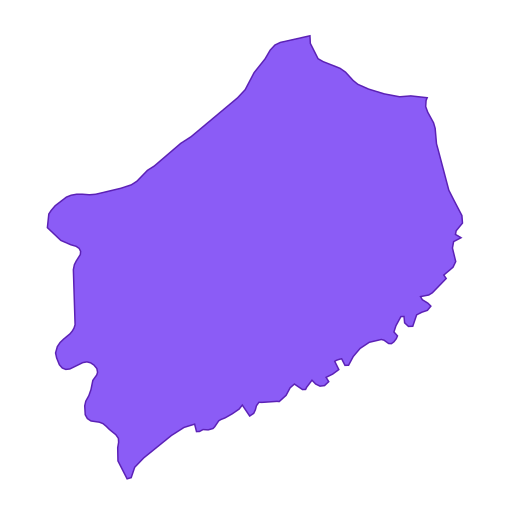 map outline of Botosani (Mercator projection), rotated 88°
{"feature_id": "ROU-287", "entity_name": "Botosani", "entity_type": "County", "adm_level": 1, "iso_a3": "ROU", "parent_name": "Romania", "parent_adm1": "", "projection": "mercator", "projection_center": [26.907, 47.851], "detail": "fine", "context": "isolated", "style": "filled", "palette": "violet", "viewbox_px": 512, "rotation_deg": 88, "n_neighbors": 0, "source": "natural_earth", "source_scale": "10m", "svg_char_len": 2305}
<svg xmlns="http://www.w3.org/2000/svg" viewBox="0 0 512 512"><g transform="rotate(88 256 256)"><path d="M230.3,48.5L237.8,55.1L241.4,55.9L244.9,50.5L248.5,58.0L254.9,59.4L268.5,56.6L274.1,59.5L281.6,69.0L285.1,66.7L298.9,81.0L301.0,84.7L302.3,93.0L305.5,91.3L309.2,85.8L312.2,83.0L316.3,86.6L318.0,92.3L320.4,97.5L331.7,101.8L331.7,106.1L328.0,109.8L321.6,110.2L321.6,113.3L330.6,118.6L336.7,120.8L340.8,117.4L343.6,118.7L346.6,121.2L348.3,123.7L348.3,124.1L348.1,126.5L344.6,131.0L343.8,133.7L346.2,145.8L352.0,155.2L359.8,162.3L368.4,167.3L368.4,170.9L361.7,174.0L362.1,176.0L362.6,177.9L363.2,179.6L364.0,181.0L372.4,177.2L376.7,183.5L379.7,190.2L384.1,187.7L387.9,192.0L388.3,196.6L386.0,200.9L382.1,204.4L389.0,210.0L391.1,211.1L391.1,212.1L391.1,214.2L385.3,222.1L388.9,226.5L396.3,230.8L402.3,237.9L402.0,240.1L402.5,255.2L402.3,258.2L405.7,260.8L409.7,262.0L413.2,263.8L415.7,267.9L404.5,274.9L408.4,278.2L412.9,285.3L416.7,292.6L418.2,296.8L419.4,299.0L425.3,303.3L426.9,305.0L427.1,305.8L428.1,309.8L427.6,315.0L429.4,318.6L429.4,321.6L421.9,323.2L424.8,333.9L432.4,346.8L453.8,375.2L462.9,384.6L473.2,388.5L473.5,389.9L474.2,392.6L456.0,401.1L442.7,400.9L437.4,399.8L433.4,399.9L429.7,402.3L424.1,408.7L421.0,411.6L418.2,414.7L416.6,418.4L415.1,426.7L412.6,430.2L408.7,432.2L399.8,432.4L395.2,431.2L389.7,427.9L383.8,425.6L374.6,423.4L369.3,419.3L366.7,418.4L362.9,419.0L359.3,421.8L357.0,425.0L355.9,428.7L356.5,432.8L362.4,446.0L362.7,450.1L361.2,453.5L357.8,456.3L350.9,458.8L345.9,459.7L339.6,457.7L335.6,454.8L332.2,451.0L327.3,444.6L324.6,442.2L321.7,440.4L318.4,439.2L263.3,439.0L258.3,437.8L254.7,435.8L248.4,431.5L245.2,431.1L242.2,432.5L240.0,435.5L238.3,440.7L233.6,450.5L220.4,463.5L206.8,461.6L203.3,459.1L198.6,454.8L190.5,443.4L188.8,438.6L188.0,433.1L188.2,427.4L189.0,420.3L188.7,414.1L183.6,388.7L180.5,378.1L177.1,372.4L166.6,361.5L162.5,354.5L140.8,327.3L134.5,316.7L97.2,268.8L89.4,261.0L72.7,251.5L59.4,240.1L50.7,234.6L45.8,229.7L43.4,224.2L37.8,194.4L45.4,194.3L61.0,187.1L64.1,182.1L71.4,165.4L75.4,160.1L84.0,152.8L88.0,148.2L93.1,137.7L98.4,122.4L101.9,106.9L101.4,95.7L103.8,79.4L106.5,80.6L112.6,81.2L118.2,79.4L129.1,73.9L134.7,72.5L150.2,71.7L155.6,70.4L197.0,61.0L207.1,56.3L222.8,48.8L230.3,48.5Z" fill="#8b5cf6" stroke="#5b21b6" stroke-width="1.5"/></g></svg>